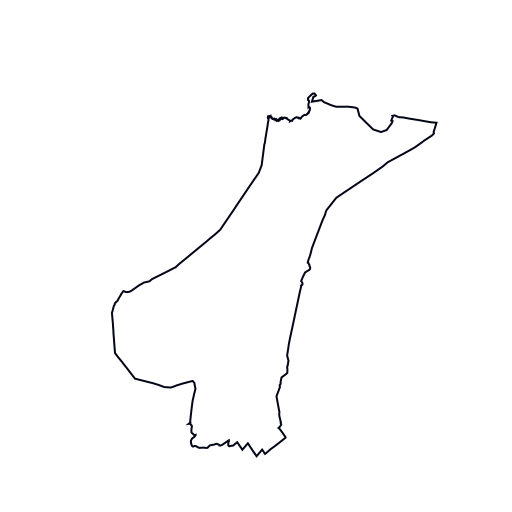 the district of Puzes pag., Ventspils, Latvia, rotated 296°
{"feature_id": "27541924B95248951242088", "entity_name": "Puzes pag.", "entity_type": "district", "adm_level": 2, "iso_a3": "LVA", "parent_name": "Latvia", "parent_adm1": "Ventspils", "projection": "equal_earth", "projection_center": [22.107, 57.369], "detail": "fine", "context": "isolated", "style": "outline", "palette": "ink", "viewbox_px": 512, "rotation_deg": 296, "n_neighbors": 0, "source": "geoboundaries", "source_scale": "gbopen_adm2", "svg_char_len": 5615}
<svg xmlns="http://www.w3.org/2000/svg" viewBox="0 0 512 512"><g transform="rotate(296 256 256)"><path d="M203.9,183.6L203.1,183.0L189.8,172.8L186.4,171.2L183.0,166.9L180.7,165.4L178.8,164.0L169.7,159.0L168.6,158.1L167.7,157.1L166.6,155.0L166.5,153.5L166.3,152.2L162.5,151.5L162.4,151.6L157.7,151.2L156.2,151.2L154.7,151.1L154.2,150.9L153.5,150.4L152.5,150.3L151.8,149.9L151.7,149.9L150.3,150.3L149.2,150.2L148.9,150.1L143.5,151.2L143.2,151.2L141.5,151.5L140.8,152.0L138.5,153.4L133.5,156.4L127.3,160.0L123.7,162.0L107.0,171.8L106.0,173.7L104.9,175.8L102.0,182.2L101.9,182.3L100.4,185.3L99.1,188.1L97.2,191.9L92.7,201.0L94.8,211.1L96.5,219.1L96.7,220.3L97.4,224.9L98.0,231.2L98.1,231.3L100.5,237.2L102.9,239.6L105.1,241.6L109.3,246.1L114.2,251.8L115.9,253.8L115.0,256.1L113.2,257.5L112.8,257.7L110.4,259.6L109.8,259.9L104.0,261.1L100.3,262.0L98.4,262.4L91.2,264.8L78.6,269.3L77.7,270.0L76.6,269.9L76.4,269.4L75.7,269.1L75.9,269.4L76.2,270.6L76.2,270.9L76.1,271.2L75.8,271.5L75.6,272.1L75.5,272.5L74.8,273.0L73.4,273.5L71.2,274.2L70.2,274.8L69.3,275.2L69.0,275.5L68.9,275.7L68.5,277.5L68.2,278.0L68.0,278.6L68.0,278.9L68.1,279.3L68.8,280.1L68.2,280.3L66.9,280.0L65.5,279.5L64.7,278.8L64.0,278.6L62.9,278.5L61.7,278.5L60.8,278.8L60.4,279.0L59.7,279.4L59.0,279.9L58.4,280.6L57.6,281.2L57.2,282.0L57.1,283.0L58.2,283.9L58.7,285.1L58.8,285.9L58.7,286.3L58.6,287.4L58.6,288.6L58.8,289.2L59.5,290.6L60.6,292.5L61.3,294.4L61.6,295.1L61.9,295.9L62.4,296.5L63.4,296.8L64.2,297.1L65.0,297.3L65.5,297.5L66.2,298.3L66.5,298.9L67.1,299.5L67.3,299.9L68.0,300.9L69.1,301.9L69.9,302.8L70.0,303.0L70.0,303.4L70.2,305.6L69.8,306.0L69.7,306.1L69.7,306.3L70.0,307.1L70.2,307.3L70.6,307.6L71.4,308.4L73.6,309.6L74.4,310.1L75.4,310.6L76.5,311.3L77.7,311.9L78.5,312.4L78.2,312.6L77.9,312.7L76.8,312.9L75.1,313.4L73.9,313.9L73.5,314.3L73.4,314.7L73.3,315.5L73.5,315.8L74.2,316.5L74.9,317.5L75.3,318.3L76.3,318.9L77.9,319.5L78.8,320.1L79.5,320.3L80.4,320.7L75.9,328.7L84.1,330.8L78.2,340.8L78.3,340.8L76.3,344.3L84.7,346.4L82.1,350.9L83.5,351.6L89.0,353.9L91.9,355.5L96.6,357.9L105.7,362.2L106.1,362.0L109.6,355.7L111.4,352.1L111.4,351.7L113.6,352.4L115.7,352.5L116.7,351.6L117.3,351.3L117.2,351.1L118.2,350.6L122.6,347.0L124.3,346.1L126.3,345.3L127.6,344.2L138.9,335.9L148.6,335.0L150.3,333.9L151.8,334.2L153.6,333.3L158.1,332.2L162.5,334.5L164.5,335.4L166.2,334.7L167.7,334.0L170.0,332.6L170.4,332.5L171.9,332.4L173.1,332.0L176.3,331.0L176.8,330.5L180.2,327.6L188.0,325.2L190.7,324.3L197.4,322.5L216.5,317.8L218.8,317.2L241.9,311.4L249.3,309.7L249.8,309.9L249.8,309.7L250.0,309.8L250.9,310.1L251.3,310.1L252.4,309.2L253.2,307.6L257.8,307.3L262.7,307.3L267.1,310.1L268.0,310.3L269.1,309.9L269.7,309.5L270.0,309.0L270.1,308.8L270.6,308.5L270.9,308.1L271.6,307.7L271.9,307.1L272.3,306.5L272.9,306.0L272.9,305.7L272.8,305.4L275.4,304.8L278.4,304.6L281.7,304.1L287.8,302.8L317.5,300.1L323.2,300.0L326.3,299.4L328.2,299.3L343.4,302.6L348.0,305.2L368.5,317.1L381.3,324.7L392.1,330.7L398.0,333.3L418.2,347.7L422.9,350.9L429.4,354.5L433.3,356.5L441.4,361.3L444.1,362.2L445.3,361.3L446.6,361.1L454.9,359.8L452.9,354.7L451.2,348.8L449.4,342.4L446.6,333.3L445.7,329.9L445.1,327.7L443.3,323.3L443.2,319.0L441.8,317.3L441.6,317.9L437.0,318.2L437.1,319.6L434.9,319.8L426.5,318.2L422.2,314.0L421.1,305.8L424.4,295.9L427.2,287.6L433.0,282.6L432.9,280.6L432.9,280.3L432.7,279.5L430.5,273.1L428.9,270.0L425.3,262.7L424.7,258.9L424.3,255.0L424.4,254.8L424.1,250.5L424.1,249.4L424.9,246.6L419.2,238.6L424.3,237.8L425.3,238.9L425.6,239.1L426.6,239.5L427.7,237.4L427.5,237.1L427.3,236.9L427.1,236.0L426.2,235.5L424.0,234.6L420.7,233.5L418.9,234.5L418.9,235.4L418.0,236.1L415.3,236.6L412.8,237.9L413.1,238.0L413.1,238.5L413.2,238.9L413.1,239.2L412.6,239.5L412.3,239.8L411.5,240.2L411.0,240.2L410.3,240.5L409.7,240.3L409.1,240.2L408.2,240.6L407.7,240.6L407.4,240.6L406.9,240.3L407.2,240.0L405.5,239.6L404.7,239.1L404.5,238.8L404.3,238.0L403.3,237.2L401.4,236.2L398.9,235.8L398.9,235.6L399.1,234.0L398.5,234.0L398.6,232.2L398.6,231.7L397.0,230.4L394.7,229.1L393.6,229.3L393.6,228.9L392.8,228.3L392.8,228.2L392.4,227.9L392.5,227.9L392.8,224.0L393.5,223.1L392.9,222.1L393.1,221.5L392.5,220.4L391.7,220.3L391.1,220.1L390.9,219.9L390.5,219.6L390.5,219.4L391.7,219.1L391.9,218.5L391.6,218.2L390.9,218.2L390.3,217.9L390.7,217.5L390.4,217.1L389.9,217.1L389.8,217.3L389.7,217.6L389.5,217.8L389.4,217.8L388.9,217.3L388.7,217.4L388.7,217.6L388.3,217.4L388.1,217.6L387.7,217.3L388.2,217.0L388.3,216.9L387.8,216.5L387.9,216.3L388.3,216.2L388.1,216.0L387.6,216.1L387.2,216.3L387.0,216.2L386.9,216.0L386.5,215.6L386.6,215.3L386.7,214.7L387.0,214.7L387.0,214.4L387.2,214.0L386.7,214.0L386.5,213.8L386.6,213.6L386.8,213.6L387.2,213.7L387.8,213.7L387.7,213.4L387.3,213.4L387.3,213.2L386.9,213.1L386.9,212.8L387.0,212.4L386.7,212.1L386.8,211.9L387.2,212.0L387.3,212.0L387.4,211.9L387.2,211.6L386.9,211.3L386.4,210.8L386.5,210.2L386.8,209.8L387.2,209.6L387.2,209.1L387.6,208.9L387.5,208.6L387.1,208.5L387.0,208.3L387.3,208.1L387.6,208.1L388.2,207.7L387.7,207.5L387.4,207.2L387.6,206.7L387.3,206.3L387.2,206.2L386.7,206.3L386.5,206.2L387.0,205.9L387.0,205.7L386.7,205.7L385.9,205.8L385.7,205.9L385.4,206.1L385.5,206.3L385.4,206.5L385.5,206.9L385.4,207.0L384.7,206.9L384.5,207.2L383.8,207.6L379.8,208.7L377.5,209.5L366.6,212.7L361.4,214.4L359.9,214.6L340.1,221.3L332.0,222.0L329.0,221.6L323.3,220.7L310.8,218.9L310.6,218.9L292.2,216.3L289.5,216.0L268.1,212.9L264.1,212.4L257.0,209.5L249.7,206.1L248.7,205.8L242.0,202.7L220.0,192.7L219.9,192.6L217.0,191.3L215.8,190.7L210.8,188.7L210.5,188.7L210.3,188.4L209.7,187.9L203.9,183.6Z" fill="none" stroke="#020617" stroke-width="2"/></g></svg>